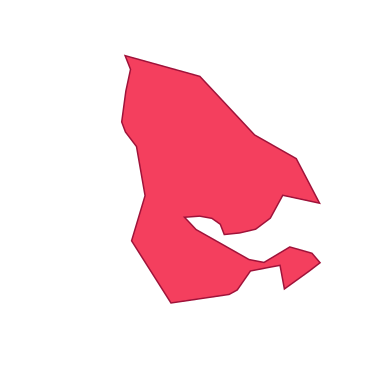 outline of Halton, rotated 223°
{"feature_id": "GBR-5708", "entity_name": "Halton", "entity_type": "Unitary Authority", "adm_level": 1, "iso_a3": "GBR", "parent_name": "United Kingdom", "parent_adm1": "", "projection": "albers", "projection_center": [-2.723, 53.34], "detail": "fine", "context": "isolated", "style": "filled", "palette": "rose", "viewbox_px": 384, "rotation_deg": 223, "n_neighbors": 0, "source": "natural_earth", "source_scale": "10m", "svg_char_len": 601}
<svg xmlns="http://www.w3.org/2000/svg" viewBox="0 0 384 384"><g transform="rotate(223 192 192)"><path d="M91.1,270.8L123.4,251.5L116.9,226.3L120.1,208.2L129.2,194.6L139.4,182.9L149.3,187.7L159.5,186.3L169.9,179.6L180.3,168.4L163.4,167.3L104.2,181.5L91.3,189.6L83.0,218.5L62.5,229.0L50.1,227.6L52.3,214.4L58.3,184.1L77.6,198.4L85.1,188.3L95.4,174.1L92.1,151.2L95.0,142.4L115.7,116.5L131.7,96.5L202.9,115.1L223.8,157.3L263.6,187.4L281.6,190.5L291.2,195.3L309.2,220.7L320.6,239.8L333.9,246.1L265.1,281.9L185.1,276.4L138.5,287.5L91.1,270.8Z" fill="#f43f5e" stroke="#9f1239" stroke-width="1.5"/></g></svg>